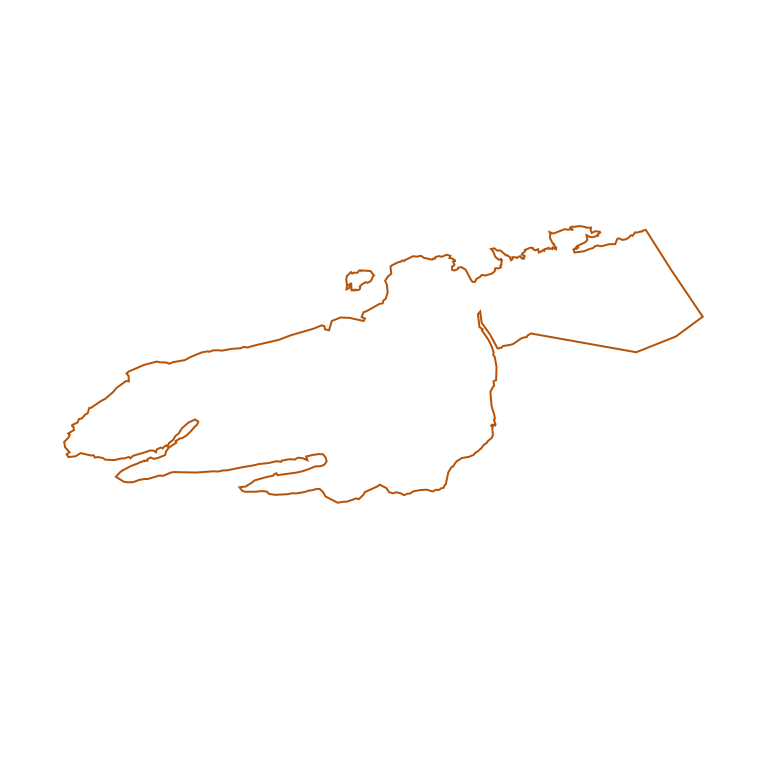 the district of Lyngen nor, Troms, Norway, rotated 245°
{"feature_id": "86288312B24921561512033", "entity_name": "Lyngen nor", "entity_type": "district", "adm_level": 2, "iso_a3": "NOR", "parent_name": "Norway", "parent_adm1": "Troms", "projection": "albers", "projection_center": [20.09, 69.689], "detail": "fine", "context": "isolated", "style": "outline", "palette": "amber", "viewbox_px": 768, "rotation_deg": 245, "n_neighbors": 0, "source": "geoboundaries", "source_scale": "gbopen_adm2", "svg_char_len": 6144}
<svg xmlns="http://www.w3.org/2000/svg" viewBox="0 0 768 768"><g transform="rotate(245 384 384)"><path d="M310.3,701.3L366.0,692.5L413.1,686.4L413.6,683.0L413.1,681.9L413.9,680.7L414.1,677.9L415.3,675.6L413.2,672.0L414.5,670.6L412.9,666.6L413.2,665.5L412.9,664.6L413.8,661.0L416.7,658.5L417.1,657.0L413.1,652.7L415.7,646.6L416.7,640.2L417.8,637.7L419.1,636.5L419.7,633.8L418.8,630.5L419.4,628.5L419.8,621.4L422.6,612.3L425.5,612.4L426.2,613.4L425.0,615.4L425.7,616.3L425.5,617.7L426.3,617.7L426.6,615.7L427.4,616.9L427.4,626.3L428.7,629.3L433.3,630.4L429.9,633.1L428.8,635.4L428.0,640.7L429.2,640.7L429.9,644.0L430.9,643.9L433.2,639.8L433.1,636.2L436.0,636.2L438.2,637.7L440.3,633.2L441.3,632.7L444.6,627.8L446.0,622.9L447.2,620.8L447.1,619.1L443.6,620.4L445.8,617.9L445.9,616.1L448.0,613.2L448.7,601.7L449.4,600.2L451.7,598.3L449.1,597.9L446.5,596.1L439.7,596.4L438.8,597.3L437.6,596.8L434.9,597.7L433.4,596.9L436.4,594.6L435.1,593.7L436.5,592.3L436.9,590.3L437.9,590.5L438.0,587.6L438.3,586.9L438.1,585.9L436.1,585.7L438.2,585.1L438.0,583.6L437.6,583.0L437.8,579.9L441.0,580.7L441.2,577.6L442.8,576.2L444.0,576.6L445.7,574.3L445.9,568.4L445.2,568.6L444.5,567.5L443.8,564.5L443.1,563.7L440.6,565.6L439.3,564.6L439.7,563.6L438.6,563.3L439.6,561.9L442.2,561.5L442.5,559.7L442.1,558.9L442.1,557.7L443.0,557.2L444.7,554.0L443.1,553.5L442.5,551.5L446.0,551.6L448.9,549.8L448.9,549.0L455.2,546.3L456.2,545.4L457.0,543.1L460.4,541.3L461.1,538.1L458.1,539.0L452.5,538.6L448.6,540.2L447.8,541.3L447.8,543.0L446.3,543.2L446.1,542.5L442.3,540.8L442.2,539.5L440.2,539.2L440.4,536.4L441.6,534.7L441.7,533.3L440.0,532.8L439.2,531.4L438.5,528.4L439.4,522.0L441.5,518.5L440.4,516.1L440.2,512.3L438.1,509.6L439.0,507.6L440.5,506.9L453.0,506.3L457.2,503.6L458.1,500.5L456.9,499.2L457.1,495.9L458.5,494.0L461.6,495.2L461.9,497.7L462.5,498.3L465.8,498.3L465.3,500.3L465.9,500.6L468.6,499.2L470.5,496.6L472.0,498.3L474.3,495.9L474.9,493.7L474.7,491.7L475.1,489.8L476.8,487.7L477.2,484.1L476.0,482.9L476.9,481.7L476.4,480.2L481.5,473.4L484.0,472.1L485.1,470.4L485.3,468.0L487.5,464.4L487.4,455.5L486.9,454.2L488.0,453.5L488.2,452.1L487.7,450.9L488.4,448.3L488.2,441.3L487.7,439.5L480.9,437.2L479.8,433.1L477.2,428.7L472.5,428.5L465.5,426.0L460.7,421.8L459.8,418.6L457.7,416.9L458.5,413.7L457.4,399.6L457.6,395.7L454.1,392.0L451.4,394.4L449.7,392.2L458.5,380.7L462.6,372.8L463.2,363.3L455.9,356.9L458.5,353.6L461.6,354.4L463.5,352.3L463.9,343.6L467.6,319.8L468.4,307.8L473.3,284.6L474.8,275.7L476.9,272.6L477.0,269.2L480.2,260.8L482.8,250.9L484.5,248.3L486.7,243.3L487.0,239.4L488.3,237.5L489.7,232.0L490.2,220.0L489.8,213.7L492.9,202.2L493.1,198.1L495.5,195.8L498.4,190.0L500.4,187.5L502.7,174.7L503.2,158.2L502.5,155.2L499.3,155.9L494.3,153.9L495.7,151.3L493.5,139.9L491.2,135.1L488.4,125.2L488.1,119.6L486.2,108.4L486.9,106.9L482.6,102.9L482.5,100.0L480.5,95.6L481.1,92.6L478.6,90.0L478.6,84.1L477.7,83.6L476.4,84.5L473.3,83.5L472.6,76.9L470.8,77.8L468.8,75.6L466.7,69.7L461.4,68.2L455.0,70.2L454.4,66.7L451.2,67.1L448.9,73.7L449.5,80.0L443.1,88.1L442.0,90.8L439.5,90.9L438.7,93.9L435.5,98.2L433.3,99.3L429.0,107.5L427.4,115.1L426.4,116.4L425.7,122.0L423.8,122.7L425.0,126.3L423.2,137.8L422.6,143.9L420.9,147.2L418.6,148.5L420.7,150.5L420.8,154.8L419.2,156.1L420.2,158.9L420.4,160.9L419.1,161.1L419.5,162.4L421.3,164.1L422.6,169.6L425.0,172.9L426.0,177.1L429.2,182.0L431.7,190.5L431.7,197.8L428.4,199.8L426.0,197.3L425.4,194.7L422.5,188.2L420.8,183.0L420.2,178.3L420.9,176.1L420.2,170.9L418.6,171.0L417.3,162.3L415.2,158.2L412.1,155.6L412.5,147.9L413.4,143.7L416.0,141.5L415.8,137.9L414.4,137.1L415.2,135.8L415.2,134.5L416.0,134.2L415.8,131.6L416.2,129.4L416.0,128.2L416.6,120.1L416.2,111.1L415.7,107.9L413.2,101.8L405.4,106.9L403.1,110.3L401.0,115.5L400.6,121.3L399.2,126.5L397.7,129.8L396.0,141.6L394.1,145.1L393.8,153.5L393.0,156.3L383.0,176.7L377.0,192.4L374.8,196.6L373.7,201.4L372.0,205.5L368.6,219.8L365.2,232.2L364.4,236.6L361.2,245.8L359.4,254.1L357.0,257.8L357.8,258.8L355.7,266.8L353.1,271.5L353.6,273.2L353.4,275.2L351.4,278.6L347.3,282.4L351.2,282.8L349.7,290.0L347.9,295.6L346.0,299.0L342.5,300.0L338.2,299.4L336.1,295.9L336.2,292.0L338.4,286.9L338.6,280.7L339.3,273.8L340.7,267.2L346.4,248.9L348.6,248.7L348.6,246.1L347.7,244.9L349.2,239.0L351.3,226.1L350.2,221.4L349.9,217.2L349.4,216.0L351.4,209.4L347.3,210.3L345.0,212.6L340.2,223.1L339.5,225.8L337.5,230.1L335.8,232.4L332.9,233.4L329.6,238.5L324.8,250.2L323.7,255.0L322.0,258.0L320.2,264.3L319.2,269.1L319.4,270.1L318.1,273.8L317.4,278.7L315.9,281.4L312.2,283.0L306.7,283.5L296.0,291.8L294.4,297.5L293.0,300.7L292.0,310.7L290.3,312.4L292.2,318.4L294.1,320.9L294.0,335.6L294.6,337.5L288.8,342.1L283.8,342.9L281.0,346.1L280.8,349.1L277.9,352.9L274.8,355.1L274.6,359.2L273.7,361.4L274.3,364.5L273.9,367.1L272.2,373.0L270.1,378.2L266.1,382.5L266.1,386.7L265.3,387.7L264.8,389.7L265.3,391.5L264.8,394.2L266.5,396.1L267.0,397.6L276.6,404.8L280.1,409.9L280.3,411.2L280.0,412.0L282.2,414.9L283.3,417.5L284.0,423.3L282.1,430.0L281.9,435.3L283.1,437.6L283.1,439.5L284.7,445.1L286.4,448.1L287.4,452.7L288.2,453.6L289.7,459.0L291.6,461.1L298.6,463.6L299.6,465.0L300.9,463.6L301.5,464.4L300.6,466.7L299.6,467.3L300.3,468.0L305.1,468.5L305.5,469.7L308.8,470.8L318.4,472.1L331.9,477.1L335.3,481.5L335.8,483.1L340.1,484.4L340.3,485.4L340.0,487.2L351.9,493.2L361.7,495.8L364.1,495.2L366.4,496.8L372.0,497.4L379.4,497.4L391.4,495.4L391.9,496.5L395.2,494.6L407.6,498.6L409.0,501.8L398.4,498.4L384.2,501.0L368.3,501.9L367.7,502.9L368.0,504.0L367.1,505.7L368.0,507.2L368.0,508.2L366.0,515.4L365.7,518.2L367.3,527.3L366.9,531.1L366.2,533.0L367.3,534.7L367.7,538.5L306.2,626.0L303.7,668.5L310.3,701.3ZM494.2,393.8L489.1,392.2L485.7,390.0L485.6,392.7L486.0,393.6L488.7,394.2L489.2,395.3L489.1,396.1L488.8,396.7L483.0,394.2L482.3,394.5L482.4,396.0L481.3,396.5L481.1,397.2L481.6,398.1L480.3,399.4L480.0,400.9L480.2,402.0L481.3,403.2L482.6,403.2L483.6,406.0L484.0,410.4L482.7,411.9L482.9,415.4L483.6,416.5L486.5,419.9L486.6,420.8L492.1,419.5L496.4,411.7L496.0,411.1L497.0,410.6L497.4,409.3L496.0,407.1L497.7,403.5L497.5,401.9L499.4,401.3L497.5,395.9L494.2,393.8Z" fill="none" stroke="#b45309" stroke-width="2"/></g></svg>